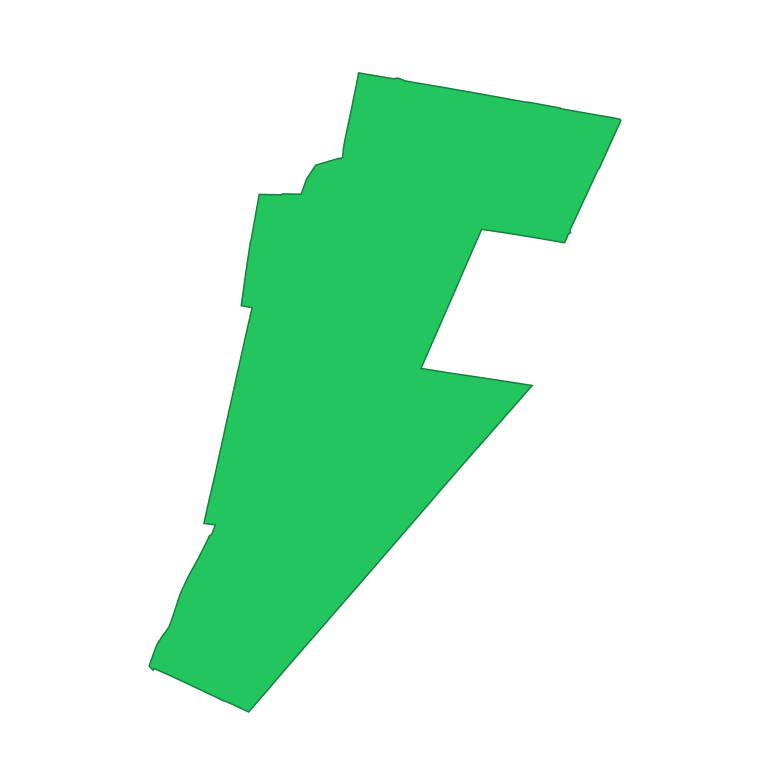 the district of Tufesti, Braila, Romania, rotated 174°
{"feature_id": "2599482B7504990090207", "entity_name": "Tufesti", "entity_type": "district", "adm_level": 2, "iso_a3": "ROU", "parent_name": "Romania", "parent_adm1": "Braila", "projection": "natural_earth1", "projection_center": [27.783, 44.998], "detail": "fine", "context": "isolated", "style": "filled", "palette": "green", "viewbox_px": 768, "rotation_deg": 174, "n_neighbors": 0, "source": "geoboundaries", "source_scale": "gbopen_adm2", "svg_char_len": 2108}
<svg xmlns="http://www.w3.org/2000/svg" viewBox="0 0 768 768"><g transform="rotate(174 384 384)"><path d="M121.8,619.6L121.5,620.0L121.2,620.4L121.0,621.2L121.2,622.0L121.6,622.6L122.5,623.0L124.9,623.7L127.8,624.6L151.1,631.2L160.4,633.9L170.2,636.7L180.0,639.5L179.9,640.0L201.1,646.3L212.0,649.4L214.8,649.8L232.1,654.9L258.5,662.6L284.1,669.9L288.8,671.3L318.6,679.6L330.8,683.1L331.9,683.5L333.7,684.6L337.7,686.6L338.8,686.7L340.0,686.9L341.6,686.4L348.0,688.0L376.8,696.1L377.2,695.0L377.1,694.5L383.3,674.7L388.7,657.5L390.3,652.7L395.2,637.5L396.7,632.9L399.1,624.8L400.0,621.3L401.5,613.5L405.5,612.7L405.5,613.1L429.0,608.8L439.5,596.1L446.6,581.4L465.0,583.7L465.6,583.4L466.3,582.9L488.3,585.6L501.3,540.4L501.9,539.6L509.7,509.7L512.5,498.2L517.8,476.8L507.1,473.7L508.2,470.6L509.0,468.5L510.4,464.2L512.5,458.4L525.3,420.2L534.8,391.9L540.8,374.0L561.6,311.2L567.1,295.4L572.6,279.5L573.8,275.8L577.6,264.2L577.0,264.0L574.8,263.5L570.0,262.3L566.5,261.5L569.1,256.3L571.2,252.1L573.3,251.6L573.4,251.4L577.3,245.0L585.4,232.3L587.7,228.9L592.3,222.3L597.0,215.6L599.7,211.5L600.0,211.0L601.8,208.1L604.7,203.1L607.0,199.3L608.0,197.5L608.8,196.0L609.1,195.4L609.6,194.4L610.7,192.0L613.7,185.1L614.2,184.1L615.3,181.6L617.0,177.9L618.3,174.9L618.5,174.5L623.0,165.2L627.6,159.9L629.5,158.0L637.1,148.6L637.8,147.3L647.0,128.3L645.7,126.2L644.9,125.1L643.8,123.8L643.6,123.6L642.5,125.1L625.5,115.4L617.6,110.6L603.0,101.8L597.9,98.7L576.0,85.3L573.8,84.5L569.1,81.7L561.1,76.9L552.9,71.9L552.5,72.2L521.6,101.4L506.4,115.8L468.4,151.1L444.3,173.6L428.5,188.3L414.5,201.5L407.3,208.2L371.3,241.9L343.8,267.8L297.6,311.0L297.2,311.1L282.6,324.6L268.6,337.5L268.4,337.8L251.1,353.7L236.8,367.0L291.7,381.5L292.7,381.7L319.9,388.7L345.5,395.6L331.5,420.4L324.8,432.0L324.6,432.4L314.7,450.0L304.8,467.2L294.0,486.5L283.9,504.4L270.7,527.6L243.3,520.5L216.2,513.1L189.6,505.6L184.5,514.5L182.6,514.9L183.1,517.4L165.8,546.2L150.6,571.7L148.6,575.0L147.8,575.6L147.4,575.9L142.7,584.0L130.5,604.9L127.4,610.1L123.3,617.0L121.8,619.6Z" fill="#22c55e" stroke="#15803d" stroke-width="1.5"/></g></svg>